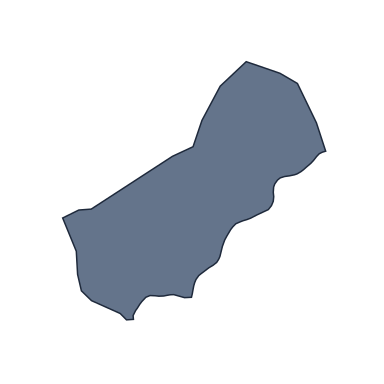 outline of Santa Cruz La Laguna, Sololá, Guatemala, rotated 335°
{"feature_id": "79465075B11038489211128", "entity_name": "Santa Cruz La Laguna", "entity_type": "district", "adm_level": 2, "iso_a3": "GTM", "parent_name": "Guatemala", "parent_adm1": "Sololá", "projection": "orthographic", "projection_center": [-91.223, 14.744], "detail": "fine", "context": "isolated", "style": "filled", "palette": "slate", "viewbox_px": 384, "rotation_deg": 335, "n_neighbors": 0, "source": "geoboundaries", "source_scale": "gbopen_adm2", "svg_char_len": 1128}
<svg xmlns="http://www.w3.org/2000/svg" viewBox="0 0 384 384"><g transform="rotate(335 192 192)"><path d="M330.4,211.5L334.0,181.9L333.4,138.2L321.9,121.6L296.2,96.8L262.3,108.0L231.3,131.3L212.1,151.4L189.4,151.4L93.4,164.9L81.8,160.5L63.8,160.9L62.1,196.8L53.5,218.3L50.0,234.8L55.0,248.0L75.6,271.8L78.6,280.2L85.1,282.7L86.4,279.1L90.8,275.6L93.5,274.1L97.0,271.8L100.2,270.1L105.7,267.9L110.2,268.1L115.0,270.6L117.9,272.4L122.4,274.3L125.7,275.1L128.7,275.9L132.1,277.3L140.6,284.6L147.0,287.2L149.3,284.3L150.9,282.0L154.0,277.7L156.0,275.4L158.6,273.0L162.8,270.6L165.6,269.9L168.5,269.3L175.3,267.8L180.2,267.3L184.7,266.2L187.8,264.2L190.0,262.3L196.6,254.1L201.4,249.3L204.9,246.7L211.2,242.4L214.3,240.8L218.3,239.3L222.7,239.4L226.0,239.6L230.1,240.2L234.0,240.5L241.0,240.2L247.3,240.2L253.8,240.2L258.3,237.9L261.7,234.8L264.1,230.8L265.5,226.7L268.1,222.0L270.5,219.6L274.6,217.3L278.0,216.5L282.5,217.1L287.0,218.5L292.1,219.7L294.9,220.0L299.3,219.6L302.5,218.9L306.1,217.8L311.9,216.2L315.6,214.7L319.9,212.5L323.5,211.1L326.9,211.0L330.4,211.5Z" fill="#64748b" stroke="#1e293b" stroke-width="1.5"/></g></svg>